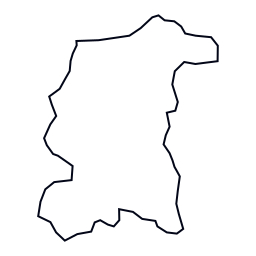 outline of Spitali, Limassol, Cyprus
{"feature_id": "46923920B19373286387095", "entity_name": "Spitali", "entity_type": "district", "adm_level": 2, "iso_a3": "CYP", "parent_name": "Cyprus", "parent_adm1": "Limassol", "projection": "orthographic", "projection_center": [33.009, 34.764], "detail": "fine", "context": "isolated", "style": "outline", "palette": "ink", "viewbox_px": 256, "rotation_deg": 0, "n_neighbors": 0, "source": "geoboundaries", "source_scale": "gbopen_adm2", "svg_char_len": 947}
<svg xmlns="http://www.w3.org/2000/svg" viewBox="0 0 256 256"><path d="M76.4,41.0L76.7,45.3L72.8,53.5L70.6,60.9L69.7,71.0L65.4,78.5L59.7,88.8L49.2,96.5L51.8,104.6L56.2,116.0L50.3,124.4L44.1,138.2L46.8,145.2L53.1,154.0L57.9,155.7L72.6,166.0L71.6,180.1L54.2,182.1L45.3,189.3L40.5,201.7L38.2,216.2L50.4,222.1L56.1,232.4L64.8,240.6L77.3,234.1L91.2,231.6L94.7,222.4L100.2,220.2L107.9,224.6L113.8,226.4L119.3,220.2L119.1,209.2L133.0,211.9L142.2,218.9L155.4,220.9L157.4,226.4L166.8,232.4L176.8,233.6L178.9,232.1L183.2,228.9L178.8,213.9L176.3,203.7L177.8,190.7L179.8,176.4L176.1,169.7L174.5,166.9L172.5,160.4L169.6,153.2L163.6,144.4L165.8,135.2L169.6,126.7L166.8,112.7L175.3,110.7L177.8,102.0L172.3,84.5L174.8,71.2L184.2,62.0L195.4,64.0L207.1,62.5L217.6,61.2L217.8,45.7L211.1,37.2L195.7,35.7L185.2,33.5L181.2,26.5L174.3,21.3L164.6,20.3L158.5,15.4L152.3,17.3L140.7,28.1L129.4,35.7L98.7,40.2L76.4,41.0Z" fill="none" stroke="#020617" stroke-width="2"/></svg>